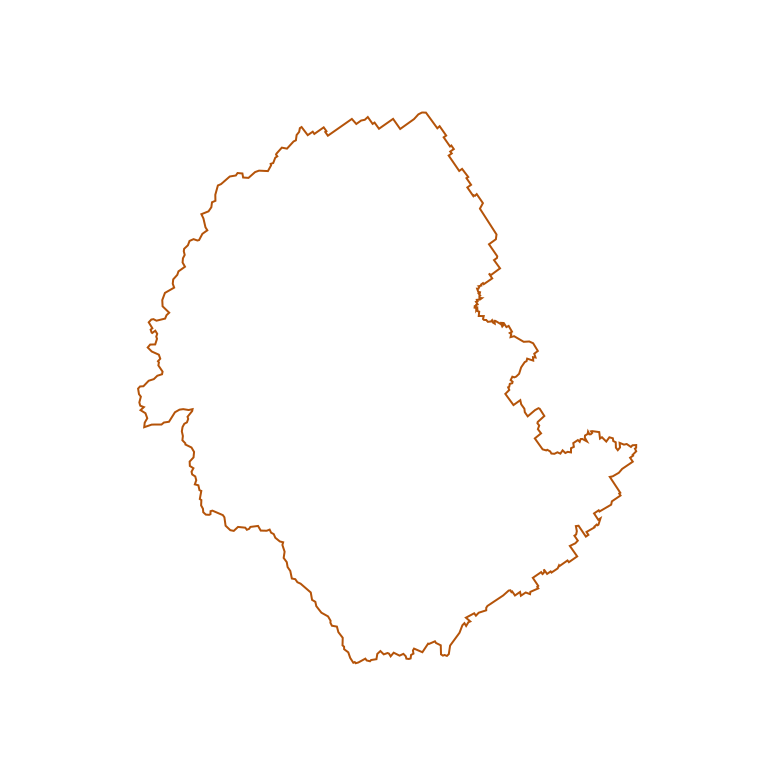 Scenic Rim, Queensland, Australia (Albers equal-area conic projection), rotated 46°
{"feature_id": "25037944B99333709196563", "entity_name": "Scenic Rim", "entity_type": "district", "adm_level": 2, "iso_a3": "AUS", "parent_name": "Australia", "parent_adm1": "Queensland", "projection": "albers", "projection_center": [152.791, -28.04], "detail": "fine", "context": "isolated", "style": "outline", "palette": "amber", "viewbox_px": 768, "rotation_deg": 46, "n_neighbors": 0, "source": "geoboundaries", "source_scale": "gbopen_adm2", "svg_char_len": 6165}
<svg xmlns="http://www.w3.org/2000/svg" viewBox="0 0 768 768"><g transform="rotate(46 384 384)"><path d="M563.7,598.2L565.2,598.3L566.5,595.9L568.6,588.2L570.8,588.5L573.7,586.7L573.6,585.0L576.7,580.6L573.5,576.3L573.6,572.1L578.3,572.0L580.0,568.3L581.5,567.7L584.5,568.4L584.0,563.7L590.2,561.5L591.6,557.5L595.0,557.5L597.1,558.7L599.1,557.1L599.9,555.5L597.7,552.7L598.4,550.1L595.8,548.3L595.2,546.2L603.6,542.7L601.4,532.6L602.2,532.3L604.5,526.1L606.4,526.5L611.4,524.7L618.1,530.8L620.3,530.3L621.0,528.7L623.3,527.6L623.3,525.0L618.1,518.2L615.4,502.5L612.0,495.2L611.9,492.3L615.1,493.0L614.0,488.8L614.7,486.9L609.0,487.4L611.6,478.4L614.5,478.8L614.3,474.8L617.8,467.7L616.0,465.9L615.5,463.8L618.9,445.2L619.2,437.8L620.2,436.4L622.2,436.9L622.3,435.9L627.1,436.7L628.1,430.6L631.4,432.6L632.4,426.9L636.6,424.9L635.2,423.1L638.2,415.0L636.4,414.7L636.4,413.3L626.8,411.6L628.5,401.6L630.8,402.0L630.9,401.1L630.5,399.1L628.4,397.8L633.9,398.6L634.6,394.3L636.0,394.5L637.3,387.2L636.0,384.0L636.9,384.1L638.4,374.6L640.6,374.8L642.2,364.8L629.6,362.8L631.5,357.0L631.3,353.4L625.4,352.4L625.7,350.3L623.8,347.5L619.5,344.7L621.1,342.5L634.0,344.8L634.5,341.8L631.1,341.1L633.4,332.1L632.7,331.7L633.0,329.0L632.0,328.8L634.0,328.5L634.2,327.5L631.0,321.6L630.5,324.2L623.0,322.8L624.0,317.3L625.4,317.6L628.6,304.4L626.7,301.6L628.5,291.3L626.2,290.9L626.4,289.6L607.7,286.1L609.3,283.6L611.0,276.7L610.5,271.7L612.7,259.0L608.0,258.2L608.6,254.6L607.7,254.4L607.6,249.3L604.8,248.4L605.0,246.9L603.1,245.0L600.7,247.8L600.8,250.1L595.8,251.1L594.3,253.5L590.0,255.4L593.6,258.3L594.0,261.8L590.9,261.4L586.9,257.8L584.3,258.7L582.0,257.1L578.9,258.9L579.8,264.1L573.7,264.2L573.3,266.5L568.1,262.6L562.5,267.0L561.9,267.9L563.8,268.3L563.8,270.2L562.9,271.2L560.0,270.3L561.4,272.3L560.7,275.2L562.1,276.8L566.3,277.9L561.3,279.5L560.2,280.8L561.5,283.4L559.0,283.5L558.0,288.9L561.1,291.1L560.1,294.1L563.1,297.0L560.4,299.0L559.6,301.5L555.8,301.6L556.6,305.5L553.6,306.7L552.6,309.9L550.3,311.9L547.9,311.3L544.7,312.3L544.5,313.4L541.2,315.3L527.9,313.3L528.6,305.3L523.4,304.7L521.7,301.2L518.8,300.9L518.1,299.8L518.4,290.9L510.0,289.2L508.7,289.7L507.7,293.5L507.1,303.1L502.1,302.3L499.3,300.2L493.9,299.4L490.3,297.2L489.1,305.5L475.4,303.6L475.3,298.0L472.6,297.0L473.0,295.9L471.3,293.4L472.5,291.2L471.7,289.9L469.2,290.2L467.9,286.6L469.7,285.7L470.5,283.8L470.5,279.7L467.3,273.8L466.0,267.6L466.6,265.6L465.2,263.4L470.8,260.4L468.2,258.2L470.2,256.6L466.6,254.9L467.1,250.4L458.3,248.4L454.3,250.0L450.7,254.2L440.0,257.2L438.2,260.4L436.5,257.8L434.7,258.1L435.3,255.6L428.8,254.0L428.1,256.4L423.3,255.5L421.9,256.8L424.6,257.1L424.8,259.0L422.7,258.2L416.0,260.0L415.3,260.6L417.5,262.4L415.3,263.0L413.2,262.0L413.3,263.7L411.4,266.1L409.0,266.0L407.3,267.6L406.0,267.6L404.4,265.1L400.9,268.6L398.1,265.3L396.5,266.1L394.6,264.5L395.0,266.4L393.4,264.8L392.0,265.8L391.0,264.6L391.9,263.5L391.1,262.8L391.7,261.3L388.8,260.7L389.5,259.3L388.0,258.7L389.9,256.3L390.2,254.0L388.4,255.6L387.0,254.3L387.2,253.4L384.9,253.1L385.4,252.3L384.7,251.2L383.2,252.2L380.1,250.8L381.0,249.9L380.3,247.7L379.5,247.8L380.8,245.6L379.9,245.0L380.2,242.7L381.5,242.9L383.2,232.8L377.4,231.8L379.9,231.4L381.4,220.2L371.3,218.8L371.8,215.2L370.8,213.8L356.4,211.4L357.6,203.0L354.6,199.2L324.5,193.2L322.6,187.2L311.8,185.4L311.8,187.9L310.4,188.4L310.7,189.2L300.5,187.5L301.2,183.0L293.2,181.7L293.6,179.6L283.5,178.4L283.0,181.9L264.6,178.8L265.2,175.1L262.8,174.9L263.5,170.6L259.2,169.9L259.0,171.5L248.0,169.7L248.5,166.7L237.2,164.9L237.1,168.0L217.9,165.3L215.1,168.1L213.9,172.0L214.3,178.4L211.8,195.2L199.6,193.3L196.9,210.3L189.4,209.2L189.0,211.5L180.7,210.2L180.6,214.3L178.6,217.4L177.7,223.3L171.0,223.0L166.4,251.9L161.9,251.2L162.2,249.8L157.5,249.1L155.7,260.4L153.0,260.0L152.0,266.0L141.9,264.8L141.5,266.8L143.7,269.9L144.2,273.9L147.5,278.1L146.7,280.6L147.3,290.3L143.0,293.3L143.6,301.4L144.0,302.3L146.1,302.6L145.7,305.1L148.1,310.2L146.9,312.6L148.3,313.4L150.2,319.6L143.7,325.7L142.0,329.5L141.6,338.3L137.6,341.9L134.2,339.6L130.5,342.8L131.1,345.7L127.6,350.8L127.0,362.4L125.8,365.6L130.7,373.9L135.1,378.0L133.8,381.5L136.9,385.4L137.9,390.3L135.0,397.4L139.5,398.9L147.3,403.6L150.7,404.3L149.8,410.3L152.0,417.0L151.2,418.5L147.5,420.4L146.0,424.5L148.0,428.7L147.9,433.8L149.4,435.8L152.7,437.7L153.9,441.3L156.7,444.5L161.4,445.7L160.2,453.6L161.9,456.9L162.3,462.9L165.1,466.3L168.9,468.0L166.3,478.3L169.6,485.2L174.3,489.3L183.5,489.0L183.4,492.6L184.9,496.0L180.4,503.7L177.2,504.8L176.0,506.6L176.2,510.4L183.0,511.9L182.8,514.1L185.5,515.4L186.3,515.3L186.8,511.5L190.4,512.3L191.7,514.9L193.8,515.9L196.6,521.1L193.2,524.8L193.6,528.6L199.3,528.5L206.5,525.6L210.4,527.4L210.6,530.8L212.1,530.9L213.9,533.4L221.3,534.7L222.8,536.9L220.6,541.3L220.6,546.2L218.2,551.0L218.5,558.6L216.3,561.2L216.5,564.1L221.1,567.3L224.2,567.7L227.3,572.8L229.1,573.8L230.3,574.4L233.8,572.8L233.7,577.3L239.3,575.9L244.2,578.1L245.6,583.0L248.5,586.5L251.9,579.2L258.6,572.2L258.8,569.1L261.8,564.9L259.1,554.0L260.4,548.9L262.6,545.9L267.0,542.6L269.1,539.2L270.2,540.8L271.1,548.1L273.1,549.1L274.7,552.4L273.9,555.3L275.0,558.8L277.6,562.3L281.7,564.8L284.4,568.1L288.6,568.1L289.6,568.9L295.9,566.6L300.9,567.8L304.5,572.0L304.8,577.7L308.1,580.6L312.2,579.6L313.4,583.4L315.8,584.8L319.4,584.0L322.8,585.9L324.8,589.8L327.9,587.9L332.2,590.5L334.0,589.7L338.8,596.4L340.6,596.0L344.3,599.9L348.0,600.9L350.7,603.1L354.2,602.9L356.7,600.6L357.1,599.3L355.0,597.1L355.9,595.4L366.4,591.0L369.0,591.4L375.9,596.4L382.4,596.1L385.3,594.1L385.4,588.3L391.0,583.6L393.6,583.9L394.5,581.6L394.0,579.4L398.6,573.2L403.8,574.5L408.1,570.3L409.3,567.4L412.5,568.5L415.4,567.6L419.1,569.0L424.9,568.3L427.8,566.5L429.2,568.9L435.6,572.0L439.4,577.0L444.6,577.7L448.7,580.5L453.4,581.3L459.9,585.4L462.8,583.4L466.4,584.0L469.7,582.7L483.1,581.5L489.3,585.7L493.0,584.7L496.7,587.0L505.0,587.9L512.3,585.7L517.2,586.9L518.5,588.4L521.7,589.4L525.8,586.4L530.8,589.2L537.9,590.0L543.2,595.4L545.2,595.2L547.1,596.9L552.2,596.1L557.6,598.6L563.2,599.7L563.7,598.2Z" fill="none" stroke="#b45309" stroke-width="2"/></g></svg>